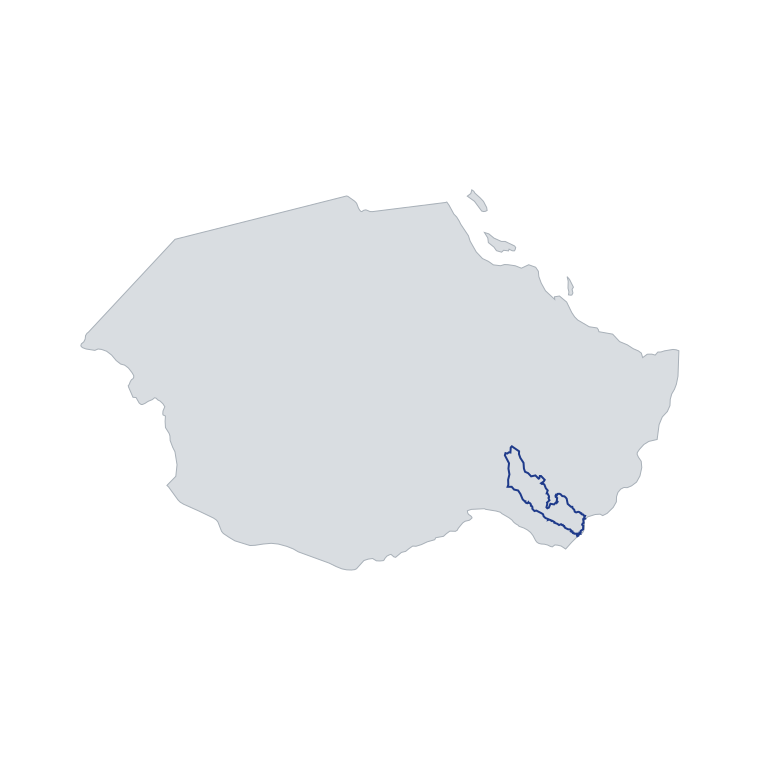 location of Songea, Ruvuma, United Republic of Tanzania, rotated 313°
{"feature_id": "72390352B68324313293973", "entity_name": "Songea", "entity_type": "district", "adm_level": 2, "iso_a3": "TZA", "parent_name": "United Republic of Tanzania", "parent_adm1": "Ruvuma", "projection": "natural_earth1", "projection_center": [35.48, -10.415], "detail": "medium", "context": "in_parent", "style": "outline", "palette": "blue", "viewbox_px": 768, "rotation_deg": 313, "n_neighbors": 0, "source": "geoboundaries", "source_scale": "gbopen_adm2", "svg_char_len": 5631}
<svg xmlns="http://www.w3.org/2000/svg" viewBox="0 0 768 768"><g transform="rotate(313 384 384)"><path d="M304.7,527.3L298.1,523.3L292.1,520.9L287.2,518.1L285.0,515.5L280.4,514.5L276.4,514.0L272.7,511.6L265.2,510.7L264.3,509.1L264.2,505.4L262.9,504.5L260.1,503.5L257.1,503.6L255.3,504.1L254.3,503.9L251.8,501.7L249.5,499.0L248.6,494.7L245.2,491.9L241.2,489.7L230.1,489.9L228.3,489.2L225.7,487.0L222.6,483.4L220.1,479.3L217.9,473.6L215.6,466.0L202.8,435.8L201.5,430.1L199.0,423.7L194.9,415.9L190.6,410.2L184.7,404.9L178.1,399.7L174.5,396.2L167.6,381.9L166.2,375.3L165.1,368.4L165.5,365.6L169.8,356.7L170.2,354.2L169.7,350.8L167.5,343.7L164.8,335.1L159.4,319.4L158.6,315.5L158.7,312.5L161.8,296.6L161.8,294.4L174.5,294.7L183.8,287.7L191.9,277.3L193.5,272.9L196.8,266.2L200.0,262.9L201.3,260.6L203.1,253.9L207.4,249.4L211.5,246.0L210.7,243.5L211.3,242.6L213.5,240.8L217.9,239.2L218.8,235.7L218.8,231.8L218.1,229.5L218.2,227.0L217.5,225.6L214.6,225.2L210.4,223.3L206.8,222.4L204.3,221.3L203.4,220.4L203.1,218.0L205.0,211.9L203.1,209.5L207.5,199.4L208.3,198.1L209.9,198.0L212.5,196.9L214.8,196.4L216.8,196.8L218.2,196.4L219.5,195.2L220.5,191.8L221.4,186.1L220.9,181.4L219.0,177.8L218.5,172.3L219.4,165.0L218.8,158.8L216.7,153.9L214.6,151.0L211.4,149.6L206.4,142.2L204.9,138.5L205.1,136.3L206.9,135.3L210.1,135.7L213.1,134.8L215.9,132.7L218.6,132.2L220.1,132.5L347.3,132.5L496.0,228.4L496.6,229.6L497.7,237.9L497.5,240.7L495.2,245.4L494.5,247.9L494.5,249.6L495.1,250.3L497.0,250.6L498.7,251.7L499.3,252.6L500.6,256.2L502.2,258.0L558.6,305.1L559.9,305.8L559.1,309.7L555.9,319.3L555.7,323.3L554.4,328.0L553.2,331.1L550.0,344.6L547.2,349.6L543.5,361.4L542.9,370.5L544.9,376.8L545.7,382.7L550.0,388.6L553.5,390.6L555.8,393.3L560.0,399.4L562.4,405.5L569.9,408.5L572.8,415.3L571.7,420.0L568.2,423.9L565.0,430.2L562.3,438.5L562.3,451.2L564.0,449.2L568.0,452.3L568.5,461.7L564.3,472.6L563.1,477.6L562.9,482.0L565.8,495.0L570.3,501.6L569.9,503.7L568.8,505.5L576.4,517.2L575.7,527.4L578.6,535.3L579.8,542.2L581.7,547.5L582.1,551.1L579.7,555.2L585.3,556.2L588.5,559.5L590.1,562.6L594.1,562.5L596.3,564.7L599.5,566.5L606.4,571.8L608.3,574.4L609.4,577.0L590.2,593.7L583.2,598.0L578.3,600.0L573.0,601.2L568.0,603.8L563.2,607.9L557.1,610.0L549.7,610.0L541.9,612.9L529.7,621.6L522.6,616.8L517.0,615.3L510.5,615.4L506.6,616.0L505.2,617.1L504.0,620.0L502.9,624.8L498.7,629.5L491.3,633.9L484.5,635.6L478.3,634.5L474.1,632.6L471.9,630.0L468.6,628.8L464.3,629.0L460.2,630.9L456.3,634.3L450.1,635.8L441.5,635.4L436.9,633.7L436.2,630.8L432.5,627.4L425.6,623.5L420.5,623.5L417.2,627.2L414.3,629.5L411.6,630.5L409.2,630.6L405.7,629.6L396.2,629.2L387.2,629.4L386.3,624.0L384.4,620.7L382.8,618.7L379.7,618.2L378.8,616.7L377.8,613.4L376.2,610.5L374.2,608.1L373.0,605.9L372.6,603.9L372.9,601.7L374.8,596.2L375.4,592.4L375.1,588.5L374.1,584.6L372.0,579.8L372.2,578.5L371.5,575.3L371.4,573.0L371.8,570.2L371.4,566.5L369.6,558.6L369.6,556.6L367.6,552.7L361.6,543.7L361.3,542.5L351.9,533.4L348.2,531.4L346.8,533.1L346.3,534.7L346.7,537.6L346.5,539.1L346.1,539.7L343.9,539.6L342.5,539.3L338.9,536.9L336.1,536.3L329.3,536.7L326.9,537.3L325.0,536.7L321.3,532.5L317.1,531.7L313.2,531.4L306.9,526.7L304.7,527.3ZM570.9,375.4L574.0,385.4L573.6,387.3L571.4,388.4L570.2,388.5L568.9,386.9L567.9,383.5L566.3,384.3L563.4,380.3L560.6,380.1L558.2,375.3L559.1,371.1L558.6,363.9L561.6,360.3L563.3,354.1L565.3,358.3L565.7,364.9L568.3,372.6L570.9,375.4ZM585.9,315.8L586.2,318.2L585.6,320.4L585.7,327.5L585.4,332.2L583.1,338.7L581.2,341.1L579.5,340.4L578.1,339.3L577.1,337.5L579.3,325.6L578.2,316.8L582.5,317.6L585.9,315.8ZM579.4,460.1L577.2,460.7L576.4,460.1L575.0,458.1L577.4,456.5L579.6,453.2L584.9,448.5L587.4,444.7L587.0,448.4L584.0,456.5L581.5,457.0L579.4,460.1Z" fill="#d9dde1" stroke="#a8b0b8" stroke-width="1"/><path d="M411.3,529.5L407.0,532.7L403.4,537.4L398.6,540.1L395.1,543.6L393.1,544.5L395.9,547.5L395.5,551.1L397.6,554.7L396.6,558.8L394.2,564.1L394.2,566.7L394.7,567.4L394.0,568.0L394.0,569.0L394.5,570.1L396.0,570.2L395.6,570.8L396.4,572.0L396.2,573.4L395.1,574.5L395.5,575.3L395.2,576.5L393.9,577.6L393.7,580.7L395.3,581.7L396.9,587.4L397.2,589.2L396.1,591.0L396.1,593.5L397.2,596.4L396.5,596.7L397.3,597.1L398.2,598.8L398.0,599.9L398.7,600.3L399.3,602.7L398.7,603.1L400.0,606.2L400.2,608.2L402.2,609.1L402.2,610.2L402.9,610.8L402.5,612.4L403.0,612.7L402.3,614.5L403.3,617.8L404.6,619.3L404.5,621.4L404.0,621.4L404.4,622.0L403.9,622.1L404.5,623.8L403.9,624.0L404.4,625.4L406.2,627.2L405.3,627.6L404.5,629.2L405.4,629.5L405.6,629.0L406.8,629.2L406.8,628.4L407.8,628.5L408.4,629.5L408.9,628.4L409.7,629.0L410.8,628.0L413.5,628.7L416.3,626.2L416.2,624.9L417.4,624.4L418.6,624.7L421.0,621.8L422.4,621.7L422.0,622.5L422.6,622.8L422.7,621.7L424.7,621.0L424.0,619.9L424.4,618.8L423.6,617.5L424.1,616.5L423.5,616.0L423.7,614.5L423.0,613.2L421.1,612.1L420.7,610.6L421.8,608.8L421.8,606.6L422.6,605.5L421.7,604.4L421.6,600.1L424.7,595.8L424.9,594.4L424.9,592.6L423.6,590.8L423.8,588.3L423.3,587.1L421.9,585.8L420.2,586.4L420.1,585.4L419.2,585.7L418.5,586.6L418.7,588.4L416.5,589.9L416.3,591.3L414.9,591.4L415.2,590.5L411.9,590.5L409.9,587.4L406.1,588.9L404.5,588.2L404.6,586.9L407.7,585.2L408.4,584.1L411.8,584.3L412.8,582.0L413.8,581.9L414.6,580.8L415.4,578.3L414.9,577.6L417.8,576.3L418.1,573.5L419.8,569.9L419.7,568.5L418.6,567.7L418.5,566.6L421.5,567.3L423.5,566.9L423.8,561.6L423.0,560.7L420.9,561.9L420.2,561.6L420.4,557.1L416.8,554.6L417.1,550.2L416.0,547.0L417.6,544.0L421.5,539.8L422.9,534.2L424.8,530.5L426.9,528.7L425.6,520.0L424.0,520.0L420.1,523.2L419.3,522.0L417.1,521.5L416.3,520.0L414.3,521.0L411.3,529.5Z" fill="none" stroke="#1e3a8a" stroke-width="2"/></g></svg>